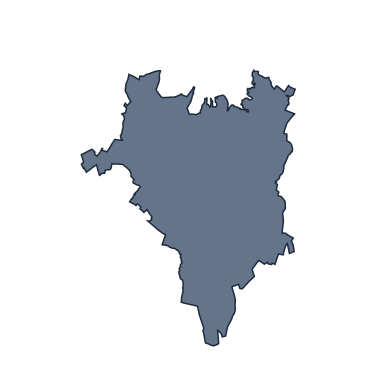 Nusfalau, Salaj, Romania, rotated 291°
{"feature_id": "2599482B13357577818513", "entity_name": "Nusfalau", "entity_type": "district", "adm_level": 2, "iso_a3": "ROU", "parent_name": "Romania", "parent_adm1": "Salaj", "projection": "equal_earth", "projection_center": [22.717, 47.205], "detail": "fine", "context": "isolated", "style": "filled", "palette": "slate", "viewbox_px": 384, "rotation_deg": 291, "n_neighbors": 0, "source": "geoboundaries", "source_scale": "gbopen_adm2", "svg_char_len": 6097}
<svg xmlns="http://www.w3.org/2000/svg" viewBox="0 0 384 384"><g transform="rotate(291 192 192)"><path d="M173.1,308.7L179.0,305.3L181.8,302.3L185.3,303.1L186.2,296.6L187.0,294.3L186.7,292.7L185.7,291.1L188.5,290.1L197.6,287.8L204.8,284.1L210.1,285.1L216.6,282.2L217.6,280.5L218.2,280.0L218.5,279.1L219.6,277.2L219.7,275.9L219.5,275.0L219.6,273.8L219.9,273.3L221.0,272.8L222.1,273.3L223.2,272.9L224.1,270.1L224.4,269.9L229.5,269.1L230.3,266.7L231.3,267.3L231.6,266.3L235.1,268.4L236.4,268.6L238.6,268.2L242.2,269.8L245.4,269.6L249.4,268.4L249.4,268.0L249.7,268.0L252.1,268.6L261.0,268.9L261.7,269.1L262.7,270.1L265.1,270.3L265.5,271.1L268.2,270.5L272.1,267.7L273.5,265.2L273.7,262.2L279.9,259.9L279.7,256.5L290.1,255.9L297.6,258.2L302.2,260.1L301.7,259.6L301.8,249.6L307.8,250.0L307.8,250.7L308.9,251.0L310.7,250.0L312.3,248.7L313.0,249.1L314.1,248.9L315.6,247.5L315.6,245.9L316.0,245.5L316.5,247.0L315.9,248.5L316.6,249.7L317.9,250.4L318.5,251.5L324.9,251.5L325.0,246.4L326.0,244.0L318.6,242.4L321.5,233.2L320.5,232.5L317.5,232.1L319.5,228.4L321.5,227.0L322.3,226.8L324.0,225.0L324.5,223.9L326.5,222.6L326.4,222.1L325.1,220.7L325.0,220.0L324.7,219.7L324.6,218.7L325.2,215.8L325.1,214.1L325.7,211.8L326.3,211.2L328.2,210.7L327.9,209.1L326.9,207.2L327.8,206.1L325.1,205.6L323.7,206.0L323.2,206.4L322.5,206.3L321.9,206.6L320.8,208.3L319.1,208.7L318.6,209.4L317.0,208.8L315.2,208.9L314.5,209.8L316.0,211.2L315.5,212.3L315.0,212.4L314.8,211.6L314.0,211.2L313.8,211.6L314.0,212.0L313.3,211.9L312.5,212.1L312.0,212.7L311.9,212.2L311.0,211.7L311.4,211.0L310.8,210.2L309.3,209.2L308.5,209.4L308.5,209.0L308.8,208.8L309.0,208.2L308.6,206.9L306.3,207.2L305.4,209.3L304.6,209.3L304.4,208.5L303.9,208.0L303.0,208.6L301.9,211.2L301.9,213.5L301.6,214.4L300.8,214.8L299.4,214.0L298.8,213.2L298.7,212.0L299.5,210.4L298.5,208.1L296.4,207.1L295.6,205.9L293.5,206.9L292.0,206.3L291.0,206.5L290.9,207.0L291.4,207.7L291.3,208.0L289.1,209.3L288.0,211.3L288.4,213.7L288.9,214.6L287.6,215.7L286.9,215.8L286.6,214.4L287.0,213.7L287.7,213.4L287.8,212.4L287.3,210.0L286.5,208.3L286.5,207.5L287.0,207.9L287.2,207.4L287.4,203.7L287.1,202.7L287.3,201.1L287.0,200.7L287.2,200.1L288.0,199.5L287.3,197.8L286.5,197.4L284.6,196.8L281.5,196.7L281.0,196.6L280.6,195.7L284.5,195.0L284.7,194.5L287.2,194.2L287.9,193.8L290.4,191.7L291.5,190.3L293.2,187.8L293.5,186.1L290.3,181.6L288.4,181.9L288.6,181.4L289.3,180.7L288.5,179.8L284.2,181.6L283.9,182.9L282.9,183.6L281.4,184.1L280.4,184.0L278.8,181.2L281.3,179.6L284.0,178.7L284.9,177.3L285.8,176.7L286.0,176.0L285.3,176.0L283.6,177.2L278.3,178.9L277.5,178.1L278.7,177.0L279.4,175.9L279.4,175.2L279.1,174.8L279.6,174.2L282.4,173.1L283.0,173.2L283.7,172.6L285.0,172.4L285.1,172.1L284.1,171.4L283.8,170.6L279.7,171.6L276.2,170.4L274.4,171.0L273.0,171.1L270.9,170.7L268.7,171.5L268.4,170.4L265.7,168.2L265.1,165.2L263.5,161.5L266.1,159.7L268.3,157.3L276.5,158.5L282.4,157.9L285.0,158.1L285.2,157.9L285.2,157.2L288.6,157.3L290.8,156.8L290.6,155.8L287.8,155.5L279.1,153.0L279.1,147.5L279.7,147.2L279.7,146.7L278.9,146.4L276.9,144.6L274.5,141.9L270.2,132.2L269.5,130.3L269.8,129.1L270.6,127.8L273.3,123.4L274.6,121.8L283.8,121.7L286.3,121.0L289.3,119.6L293.9,119.1L293.2,117.2L291.0,114.0L286.7,109.2L285.2,107.0L283.6,106.1L282.1,104.6L282.2,103.3L281.3,101.7L280.2,102.1L277.8,102.2L278.8,97.2L279.2,90.9L274.5,91.8L269.3,91.7L263.1,93.2L261.4,94.4L260.1,96.3L257.2,98.9L256.6,99.6L256.2,100.6L254.9,101.6L254.5,102.6L249.3,100.4L251.0,98.1L249.7,97.5L248.1,97.8L247.9,98.7L246.7,100.8L245.9,101.1L242.1,101.5L240.0,98.6L239.3,98.8L239.5,99.9L238.1,101.4L235.9,102.7L234.2,102.9L233.3,102.5L231.2,102.9L227.9,104.5L223.9,104.9L222.0,105.6L221.3,105.1L219.6,105.5L218.9,105.0L215.9,107.0L215.9,108.1L215.3,108.4L214.3,105.4L213.5,101.2L207.9,99.9L202.9,99.2L199.0,98.1L198.8,93.2L200.6,92.9L200.4,92.3L197.8,92.2L194.9,91.6L191.3,90.4L192.2,88.3L193.2,87.2L193.7,86.8L194.5,87.1L196.0,83.6L195.8,83.0L187.1,75.3L181.2,80.1L178.3,78.8L175.0,82.5L175.5,83.0L172.6,86.3L179.9,90.8L183.1,93.1L174.6,99.4L174.6,100.2L175.3,100.1L177.0,101.2L178.1,103.6L178.8,103.7L180.8,103.1L181.4,103.6L182.0,104.3L183.1,106.9L183.7,107.5L184.9,107.9L189.9,107.2L190.2,109.4L191.8,113.5L192.9,117.3L191.5,121.9L190.0,125.5L187.2,128.7L184.8,129.4L182.8,133.5L180.7,133.1L179.3,134.0L179.2,136.2L178.8,137.6L179.1,138.8L179.1,140.1L179.0,141.2L178.6,141.8L173.0,140.5L170.8,139.2L169.6,140.0L169.0,139.9L169.1,138.8L168.2,139.2L167.1,138.7L164.9,139.0L164.2,138.6L164.3,138.0L160.4,137.3L159.8,143.7L159.5,143.7L159.3,144.6L161.3,145.2L160.0,149.4L157.6,149.4L157.2,151.1L155.7,154.3L159.4,156.5L157.4,158.8L155.0,162.5L154.4,163.3L153.9,163.4L153.5,164.0L152.9,163.4L151.7,163.7L151.2,164.2L150.7,163.9L149.1,162.0L149.3,161.1L149.2,160.9L144.6,173.6L143.0,179.3L142.6,182.6L132.1,183.0L132.0,183.4L132.9,186.1L133.1,187.7L133.0,189.3L132.8,190.3L132.5,190.8L132.7,191.3L132.4,192.7L133.2,197.2L132.4,198.2L132.7,199.1L132.3,199.4L132.3,200.2L131.9,200.3L131.0,202.0L130.1,202.2L130.1,202.8L129.5,203.4L129.6,203.7L129.1,203.5L128.6,204.2L127.6,204.5L127.2,204.9L126.7,204.6L126.2,205.5L124.6,206.3L124.3,206.7L123.4,206.9L122.4,208.0L122.0,208.1L121.1,207.5L119.7,207.3L119.0,207.4L118.0,208.2L116.3,207.4L114.6,208.5L113.0,208.3L111.4,209.0L106.9,212.3L106.3,214.6L105.3,215.5L102.9,216.8L98.6,217.9L97.8,218.7L96.3,219.1L90.1,220.1L84.6,221.6L85.0,221.6L85.4,222.1L85.3,223.4L86.9,234.3L87.3,237.8L87.1,238.2L80.0,242.9L69.5,251.5L68.6,251.9L66.9,251.9L65.4,252.6L64.5,253.4L55.9,258.7L56.1,262.2L55.8,263.5L56.1,267.3L58.5,270.0L60.1,271.2L72.7,265.2L71.8,266.4L70.3,270.1L67.7,271.9L67.6,272.2L69.6,275.0L78.6,273.5L87.6,274.6L90.5,274.3L93.8,275.0L97.7,274.6L102.1,272.6L107.0,271.0L111.0,268.4L116.5,264.1L117.7,263.4L118.2,263.6L122.5,268.5L119.3,271.0L119.2,271.5L119.1,272.3L119.8,273.7L121.4,274.4L128.7,277.2L135.6,280.5L141.3,275.8L152.0,278.7L150.6,285.5L152.2,286.5L152.6,287.4L153.2,287.7L152.2,288.8L152.8,292.3L154.3,292.3L154.2,295.4L165.0,294.9L166.1,299.8L167.6,299.3L174.4,298.7L176.5,298.8L178.1,299.5L169.5,305.0L173.1,308.7Z" fill="#64748b" stroke="#1e293b" stroke-width="1.5"/></g></svg>